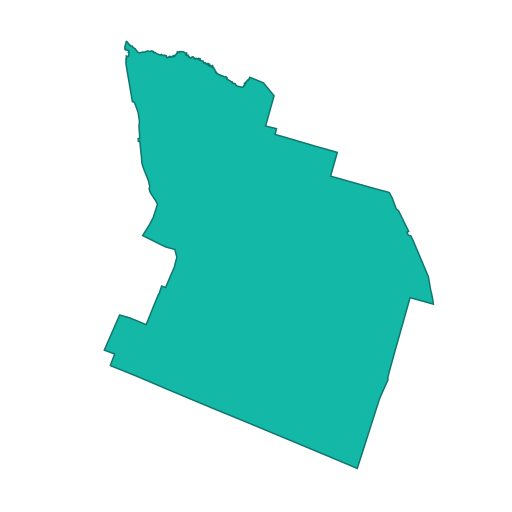 Ischilín, Córdoba, Argentina (Albers equal-area conic projection), rotated 196°
{"feature_id": "61730980B34793654756209", "entity_name": "Ischilín", "entity_type": "district", "adm_level": 2, "iso_a3": "ARG", "parent_name": "Argentina", "parent_adm1": "Córdoba", "projection": "albers", "projection_center": [-64.311, -30.414], "detail": "fine", "context": "isolated", "style": "filled", "palette": "teal", "viewbox_px": 512, "rotation_deg": 196, "n_neighbors": 0, "source": "geoboundaries", "source_scale": "gbopen_adm2", "svg_char_len": 5830}
<svg xmlns="http://www.w3.org/2000/svg" viewBox="0 0 512 512"><g transform="rotate(196 256 256)"><path d="M311.3,426.1L311.4,425.7L311.2,425.3L311.1,424.9L311.2,424.4L311.4,424.1L311.7,424.0L311.6,423.8L311.7,423.6L312.0,423.4L311.8,423.2L311.9,422.9L312.2,422.9L312.3,422.8L312.4,422.7L312.4,422.3L312.8,422.3L312.9,421.5L313.2,421.2L313.2,420.9L313.4,420.9L313.5,420.5L313.8,420.2L313.4,420.0L313.4,419.9L313.6,419.7L313.6,419.0L313.8,419.0L314.4,418.8L314.3,418.7L314.5,418.3L314.2,418.2L314.1,417.9L313.9,417.9L313.8,417.5L314.0,417.2L314.5,416.8L314.7,416.5L314.7,416.3L314.7,416.2L314.4,415.7L314.5,415.2L315.1,415.0L315.4,414.6L315.6,414.5L316.4,414.5L317.3,414.3L318.0,414.2L318.7,414.3L319.4,414.3L320.2,413.9L320.9,414.2L321.7,414.2L321.9,414.6L322.1,414.7L322.3,414.9L322.9,415.2L323.3,415.7L323.7,415.9L323.9,415.9L324.0,415.6L324.3,415.6L324.6,415.8L325.3,415.6L325.9,415.9L326.4,415.7L326.5,415.9L326.6,416.6L326.9,416.8L327.1,416.9L327.3,416.7L328.0,416.8L328.4,416.9L328.7,417.1L329.7,417.4L330.3,417.3L331.0,417.6L331.6,417.6L331.7,417.8L332.7,418.0L333.1,418.3L333.0,418.5L332.9,419.0L332.9,419.3L333.0,419.5L333.4,419.5L334.3,420.0L334.6,420.1L335.1,419.9L335.6,419.5L336.1,419.4L336.5,419.6L336.9,419.8L337.0,419.7L337.2,419.8L337.5,419.7L338.2,419.9L338.5,420.0L338.9,419.9L339.5,419.5L339.7,419.8L340.1,419.9L340.6,420.3L340.8,420.3L341.3,420.1L341.6,420.1L341.8,420.1L341.9,420.3L342.9,420.6L343.2,420.6L343.3,420.4L343.7,420.5L343.9,421.0L344.3,420.9L344.4,421.0L344.6,421.2L345.2,421.1L345.4,421.3L345.2,421.9L345.3,422.2L346.1,422.5L346.5,423.4L347.4,423.7L347.5,424.1L347.7,424.4L348.3,424.9L348.7,425.6L349.0,425.7L349.6,425.3L349.8,425.2L349.9,425.7L350.1,426.2L350.1,426.7L350.3,427.1L350.7,426.9L350.9,426.2L351.4,425.7L351.8,425.7L352.0,426.4L352.3,426.6L352.9,426.0L353.6,426.6L353.8,426.6L353.8,426.2L354.2,425.7L354.5,425.9L354.6,426.1L354.3,426.5L354.1,426.8L353.7,427.1L353.6,427.5L354.3,427.5L354.9,427.9L355.1,428.0L355.4,427.8L355.5,427.3L355.8,427.0L357.1,426.8L357.0,427.2L357.1,427.4L357.7,427.8L358.1,427.9L358.4,427.8L359.1,427.1L359.3,427.5L360.3,427.9L360.5,428.4L360.6,428.7L360.8,428.9L361.0,428.8L361.9,428.7L362.5,428.7L363.1,428.7L364.0,428.8L364.0,429.1L363.7,429.5L363.9,430.0L364.0,429.9L364.3,429.3L365.0,429.3L365.2,429.1L365.6,429.1L365.6,429.3L365.3,429.4L365.1,429.9L365.1,430.1L365.5,430.3L365.9,429.9L366.0,429.5L366.4,429.3L366.5,429.2L366.8,429.2L367.2,429.5L367.6,429.4L368.1,429.6L368.6,429.1L368.6,428.7L369.3,428.5L369.7,428.6L370.0,428.8L370.1,429.0L370.1,429.4L371.0,429.6L371.1,430.0L371.7,430.1L372.2,429.8L372.7,429.1L372.9,428.5L373.5,428.2L374.7,429.0L374.9,429.0L375.1,428.5L375.4,428.6L375.7,428.7L375.9,429.6L376.8,430.5L377.4,430.1L377.6,429.6L378.4,429.6L378.8,430.4L378.7,430.7L378.8,431.0L378.5,431.6L378.5,431.9L378.6,432.1L378.8,432.1L379.1,431.9L379.1,431.3L379.4,431.2L379.8,431.3L380.9,432.0L381.8,432.2L382.3,432.3L383.0,432.1L383.5,431.8L384.2,431.9L385.4,431.5L385.9,431.3L385.8,430.9L385.9,430.6L386.4,430.8L387.0,430.8L387.6,430.6L388.0,430.3L387.8,430.0L387.5,429.7L387.4,429.4L387.7,429.3L388.0,429.0L388.3,428.4L388.5,427.4L389.4,426.5L389.4,426.4L389.4,426.1L389.2,425.8L389.4,425.2L389.6,425.1L389.9,425.2L390.0,425.6L390.3,425.7L390.3,425.8L390.8,425.9L391.0,425.5L390.8,425.1L390.8,424.9L391.4,424.5L392.2,424.3L391.9,423.9L392.4,423.7L393.5,423.4L393.8,423.7L393.8,423.8L393.6,423.9L393.6,424.1L393.8,424.2L394.0,424.2L394.7,423.5L395.1,422.6L395.8,422.2L396.4,422.0L396.7,422.1L396.8,422.2L396.8,422.4L396.7,422.8L396.9,423.1L397.3,423.4L397.5,423.8L398.3,423.7L399.1,423.9L399.3,423.9L399.7,423.5L399.9,423.1L400.2,423.3L401.9,423.3L402.3,423.4L402.5,423.7L402.8,423.5L403.0,423.2L403.0,422.9L404.3,422.7L405.5,423.1L406.7,422.9L409.3,423.9L409.8,423.7L410.2,423.4L410.6,423.3L411.0,423.5L411.1,424.3L412.6,424.5L413.9,423.8L414.7,423.2L415.3,423.0L415.8,423.3L416.9,423.1L417.4,422.8L417.7,422.4L417.9,422.3L418.3,422.3L418.9,421.6L419.2,421.4L420.0,421.0L420.8,421.0L421.6,420.6L422.3,420.0L423.5,419.4L424.2,419.2L425.9,419.4L426.6,419.7L427.1,420.4L427.8,420.6L428.6,421.5L429.1,421.9L431.2,422.4L431.6,422.7L432.1,422.9L432.4,423.4L432.9,423.7L433.1,423.6L433.3,423.6L433.8,423.3L434.4,423.3L434.8,423.7L435.1,423.8L435.2,424.0L435.7,424.1L436.1,424.4L436.8,424.4L437.0,424.8L437.2,425.1L437.8,425.5L438.5,426.2L439.0,426.1L439.4,426.5L439.8,426.5L439.8,424.7L439.7,420.9L439.1,419.0L438.6,417.8L439.0,419.1L438.6,419.2L438.2,418.2L434.8,418.4L434.9,416.4L433.9,416.4L433.8,414.1L433.7,413.3L433.8,413.3L434.1,412.2L434.9,412.4L435.8,412.5L434.8,409.5L435.3,409.4L434.4,407.2L434.6,407.0L433.8,404.5L431.2,399.0L417.3,370.2L415.6,370.4L415.4,370.2L413.4,367.8L409.5,362.3L408.9,361.5L408.1,359.8L405.2,353.4L405.0,352.7L404.4,348.9L404.1,347.9L400.1,337.0L400.3,337.0L401.7,336.4L400.7,333.8L399.3,334.3L399.2,334.0L395.3,324.1L393.9,320.9L391.4,314.1L389.8,311.4L386.9,307.4L380.2,298.8L377.3,293.6L377.2,293.0L377.3,291.9L377.3,291.3L377.1,290.8L375.5,288.5L374.3,287.1L367.6,281.4L365.0,278.5L365.1,272.8L365.4,264.5L367.2,256.2L370.6,244.4L351.3,240.8L345.3,239.8L335.8,239.9L331.7,232.9L331.7,228.0L331.4,222.9L332.6,214.1L334.2,200.9L338.4,201.1L338.6,197.2L338.6,193.8L339.2,191.9L340.6,179.9L341.6,169.7L342.7,159.7L359.9,161.7L370.8,161.7L375.9,123.7L364.9,122.8L365.8,110.5L338.1,107.6L302.7,103.2L253.4,97.4L225.9,94.4L142.0,84.7L100.1,79.7L97.9,152.7L96.5,163.1L95.0,173.2L95.8,175.8L96.0,181.0L96.2,204.0L96.4,258.4L72.2,258.6L74.5,263.7L77.2,268.9L78.2,270.4L82.6,279.4L84.5,283.5L108.6,313.4L112.7,318.0L115.3,318.0L117.5,320.4L116.0,321.7L131.4,338.7L134.0,339.9L134.6,340.5L140.7,348.9L145.2,353.6L147.0,353.8L159.9,353.5L206.3,353.3L206.4,378.0L230.4,377.9L253.9,378.1L271.2,378.1L271.4,384.0L282.6,383.6L282.8,415.0L296.6,424.5L311.3,426.1Z" fill="#14b8a6" stroke="#0f766e" stroke-width="1.5"/></g></svg>